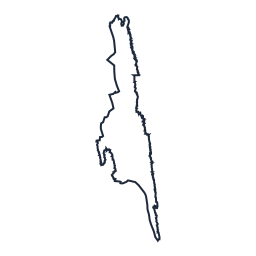 the district of Rangamati, Chittagong, Bangladesh
{"feature_id": "16705992B35610473312733", "entity_name": "Rangamati", "entity_type": "district", "adm_level": 2, "iso_a3": "BGD", "parent_name": "Bangladesh", "parent_adm1": "Chittagong", "projection": "equal_earth", "projection_center": [92.168, 22.796], "detail": "fine", "context": "isolated", "style": "outline", "palette": "slate", "viewbox_px": 256, "rotation_deg": 0, "n_neighbors": 0, "source": "geoboundaries", "source_scale": "gbopen_adm2", "svg_char_len": 5905}
<svg xmlns="http://www.w3.org/2000/svg" viewBox="0 0 256 256"><path d="M157.8,240.6L158.4,239.4L159.4,239.3L159.3,238.6L159.6,237.8L158.5,232.4L158.3,232.1L157.7,232.3L157.8,231.6L157.5,231.4L158.1,230.1L157.5,229.3L157.7,227.9L157.4,227.6L157.5,227.0L156.8,225.2L157.5,224.7L157.7,223.9L156.3,221.5L156.6,220.2L155.9,218.0L156.4,217.8L156.7,215.5L155.8,215.1L155.7,213.2L155.2,213.0L154.3,209.0L153.2,207.6L153.5,206.7L154.4,206.6L154.6,205.7L155.8,206.2L155.5,207.1L156.0,207.9L157.0,208.1L157.5,206.3L157.3,203.3L157.1,202.2L156.1,201.9L156.0,198.4L155.8,197.3L155.4,197.1L155.7,192.4L155.2,192.0L155.3,191.3L154.8,190.7L155.0,190.3L154.8,189.9L155.3,189.8L155.3,189.4L154.9,189.2L155.1,188.8L154.8,188.6L155.0,187.1L154.8,186.6L155.0,186.5L154.8,186.6L154.8,186.0L154.5,185.6L154.5,185.0L154.8,184.4L154.2,183.2L154.0,179.9L153.6,179.8L153.5,178.5L153.2,178.5L153.2,177.4L152.8,177.2L152.9,175.6L152.5,175.2L152.9,174.8L152.4,174.4L152.7,174.0L152.2,174.0L152.4,173.0L152.1,172.3L152.6,172.0L152.1,171.8L152.5,171.6L152.4,171.1L152.0,169.8L152.1,168.5L151.7,167.6L151.7,164.4L151.4,164.3L151.5,163.7L152.0,163.3L151.3,163.3L151.9,163.0L151.7,162.7L152.1,161.9L151.7,161.9L152.1,161.5L151.7,161.1L151.4,161.4L151.6,161.0L151.0,159.6L151.0,158.9L151.1,158.2L150.8,157.7L150.4,157.7L150.2,156.5L149.5,155.9L150.0,155.3L150.0,154.4L150.4,154.6L150.9,154.1L151.0,152.8L150.6,152.9L150.4,152.6L151.0,152.4L150.8,152.4L150.7,151.2L150.3,150.8L150.2,150.0L150.5,150.3L150.7,149.8L150.2,149.4L150.2,148.7L150.4,147.9L150.4,147.2L149.9,147.2L149.7,146.3L149.7,145.3L149.9,145.1L149.6,144.5L149.7,144.1L150.1,144.0L150.1,143.3L149.5,142.3L148.8,138.2L149.0,136.6L148.4,135.7L148.7,135.2L148.3,135.4L148.0,134.5L147.7,134.7L147.0,134.1L146.7,134.3L146.5,133.7L145.2,133.7L145.7,132.8L145.2,132.1L145.3,130.5L145.0,129.2L144.8,129.4L145.0,127.8L144.4,126.8L144.5,126.2L144.2,125.9L144.1,126.4L143.9,125.1L143.4,124.9L143.8,124.5L143.5,124.2L144.1,123.6L143.3,122.2L144.1,122.4L143.8,121.9L144.0,121.3L143.7,121.3L144.3,120.8L143.9,120.3L144.1,119.9L143.3,119.8L143.5,118.9L144.0,118.8L142.9,118.1L143.0,116.0L142.7,115.7L141.7,117.1L141.5,116.3L140.5,114.4L140.3,113.1L139.7,113.7L138.9,113.2L138.7,113.9L138.4,113.2L138.7,112.5L138.4,111.8L136.5,111.9L136.5,111.1L136.1,111.0L136.5,111.0L136.2,110.6L136.6,109.2L136.2,108.4L136.6,108.2L136.3,108.0L136.3,107.0L136.9,106.3L136.8,105.6L137.2,105.6L137.0,103.3L137.2,102.3L136.8,102.0L137.2,100.2L137.0,99.5L137.5,98.7L137.9,96.7L137.1,94.8L137.3,94.3L136.9,93.8L136.8,93.1L136.4,93.3L135.9,91.9L135.3,91.8L134.9,91.1L135.8,88.2L134.8,87.4L135.1,86.1L134.9,86.0L135.4,84.8L134.8,82.2L134.5,82.1L135.1,81.6L134.4,81.3L134.4,76.7L134.2,75.5L133.9,75.3L138.7,75.2L138.6,74.9L138.9,74.8L138.6,74.6L138.2,73.6L138.4,72.9L137.7,72.5L137.6,71.7L138.1,71.9L137.5,69.9L136.9,69.4L137.3,66.9L136.5,66.1L136.4,65.3L136.0,65.5L135.7,64.9L135.7,65.6L135.4,64.9L136.1,63.9L136.4,62.1L136.9,61.5L136.8,61.0L136.5,60.9L136.7,60.3L135.8,59.7L136.0,58.9L135.4,59.8L134.7,59.0L135.5,58.2L134.4,58.0L134.9,56.9L134.5,57.0L134.4,55.8L134.4,55.1L134.6,55.7L134.8,55.2L134.8,54.5L133.9,54.2L133.8,51.8L133.4,51.5L132.7,52.3L132.4,50.3L132.1,50.0L132.6,49.0L132.3,49.3L131.9,48.7L132.4,48.7L132.5,47.9L131.2,47.2L131.5,46.8L131.8,47.0L131.7,46.5L132.0,46.4L131.1,45.4L131.6,45.0L131.2,44.5L131.5,44.5L131.4,43.8L131.7,43.7L131.4,43.5L131.4,42.4L131.0,42.3L131.2,41.8L130.9,42.0L130.9,41.4L131.3,40.7L130.9,39.9L130.2,39.7L130.6,38.8L130.5,37.8L130.6,37.3L130.9,37.4L130.3,36.2L130.5,35.5L130.1,35.1L130.4,34.6L129.8,32.8L129.4,33.4L129.1,32.5L128.7,32.2L128.5,32.4L128.6,30.0L129.3,29.4L128.7,28.6L128.0,28.3L127.8,29.0L127.6,28.2L128.1,27.4L127.3,27.0L128.9,22.3L128.7,19.8L127.8,18.9L127.7,18.0L126.7,17.1L125.2,17.2L124.5,17.6L124.1,18.5L124.6,20.7L124.1,20.9L123.6,21.9L123.8,23.9L122.8,25.7L121.8,25.7L121.8,25.0L121.4,24.7L121.3,23.4L122.0,21.8L121.4,20.0L121.1,19.4L119.6,18.8L118.8,19.2L118.7,18.1L118.1,17.3L118.3,15.5L117.5,15.4L116.8,16.0L115.9,16.1L115.4,17.7L114.2,19.3L114.0,20.6L113.5,21.1L113.2,20.7L112.5,21.4L111.9,22.8L110.4,22.4L109.8,23.9L110.2,24.6L110.1,26.2L109.6,26.3L113.3,37.2L114.1,40.8L115.2,52.2L113.7,54.2L111.1,56.0L107.3,59.9L114.2,65.4L114.3,71.8L114.9,79.0L116.8,85.5L119.1,91.3L118.0,92.1L115.7,92.8L115.3,92.0L113.3,93.9L109.4,94.8L112.3,103.0L113.5,108.4L109.3,111.4L107.8,116.0L106.6,117.2L104.7,117.3L103.1,122.2L101.2,123.3L100.8,126.4L100.9,129.0L103.1,136.0L102.1,136.9L100.0,137.1L99.7,140.3L96.6,140.6L96.4,141.6L97.4,141.9L97.9,143.0L97.0,144.9L97.6,146.2L97.6,148.3L98.1,149.8L97.8,150.3L98.7,151.6L98.7,152.3L99.1,152.4L99.1,153.8L99.6,154.3L99.7,155.0L99.4,155.3L99.8,155.4L100.3,157.3L100.0,157.8L100.5,159.0L100.7,160.4L100.5,160.8L100.9,161.0L101.1,162.2L100.7,162.3L100.4,163.7L100.9,164.3L101.2,164.0L102.1,164.3L101.3,164.4L101.3,165.1L103.0,164.8L103.4,164.5L103.5,163.5L104.4,163.2L104.4,162.4L104.9,162.0L104.6,160.9L105.5,159.8L104.9,158.8L105.0,157.9L104.3,157.3L104.6,154.9L104.2,154.8L104.3,154.4L103.6,153.4L104.2,150.6L105.8,149.9L105.8,149.2L106.3,148.9L106.3,148.4L106.7,148.9L106.6,149.8L107.1,149.8L107.0,150.3L107.6,149.7L108.0,149.8L108.4,149.4L109.2,149.4L109.3,150.1L110.2,150.1L109.8,151.9L110.2,151.8L110.6,152.8L111.4,153.2L112.3,154.7L112.3,155.6L111.8,156.2L112.5,156.4L112.6,159.5L113.3,159.5L113.9,161.5L114.0,163.1L114.5,164.0L114.5,165.2L114.9,165.6L114.6,166.2L114.9,167.4L114.4,168.0L115.5,169.1L115.4,170.2L115.7,170.7L115.3,170.8L115.1,171.4L114.3,171.4L114.0,172.3L113.4,172.3L113.6,173.1L111.8,175.0L112.3,176.1L112.7,176.2L113.7,179.0L114.7,178.6L115.5,179.0L115.3,179.4L115.4,180.4L114.8,180.7L114.8,181.1L119.8,181.5L120.6,181.8L120.4,183.2L121.6,183.4L123.0,183.3L126.5,181.8L128.0,180.4L135.3,182.1L138.7,185.3L144.3,192.5L145.5,194.7L146.1,196.7L147.3,204.6L147.5,209.3L149.0,214.8L149.7,220.0L151.0,224.3L153.9,231.6L155.3,237.0L157.8,240.6Z" fill="none" stroke="#1e293b" stroke-width="2"/></svg>